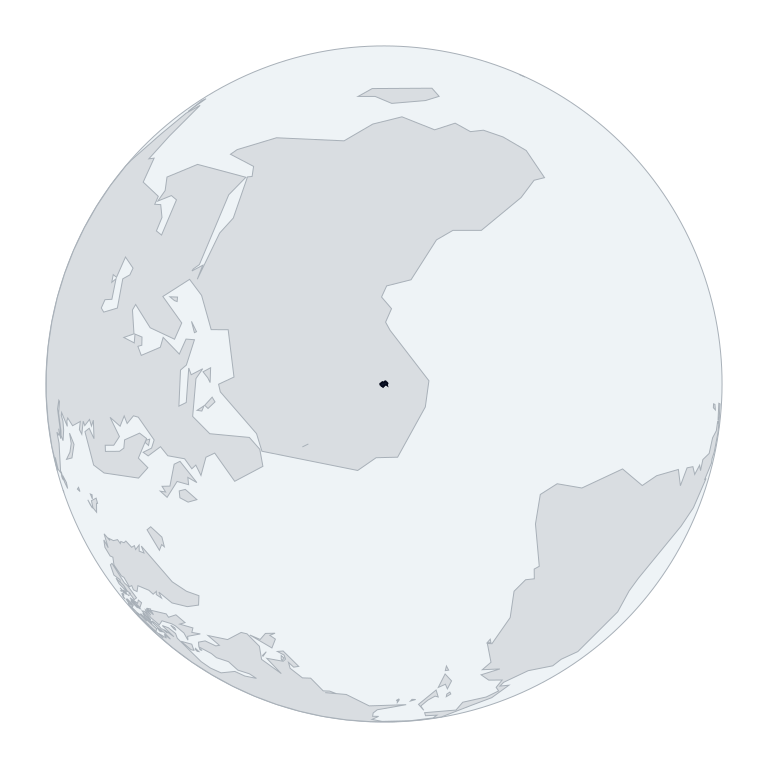 Kénédougou on an orthographic globe, rotated 243°
{"feature_id": "BFA-2800", "entity_name": "Kénédougou", "entity_type": "Province", "adm_level": 1, "iso_a3": "BFA", "parent_name": "Burkina Faso", "parent_adm1": "", "projection": "orthographic", "projection_center": [-5.0, 11.424], "detail": "fine", "context": "on_globe", "style": "filled", "palette": "ink", "viewbox_px": 768, "rotation_deg": 243, "n_neighbors": 0, "source": "natural_earth", "source_scale": "10m", "svg_char_len": 9851}
<svg xmlns="http://www.w3.org/2000/svg" viewBox="0 0 768 768"><g transform="rotate(243 384 384)"><circle cx="384" cy="384" r="338" fill="#eef3f6" stroke="#a8b0b8"/><path d="M289.9,59.4L289.5,59.6L257.8,72.1L264.2,69.9L256.3,74.8L260.7,74.5L253.6,77.9L263.3,75.0L269.0,72.0L275.1,69.9L278.3,69.8L269.7,73.8L266.9,74.4L266.0,75.6L260.4,77.8L264.9,76.6L254.2,82.1L269.4,76.8L264.6,81.3L256.3,85.0L251.3,84.4L219.7,95.0L209.7,100.4L200.6,107.7L195.6,120.6L187.0,127.4L179.6,136.7L186.9,132.5L195.4,123.9L207.2,119.4L216.2,110.5L222.3,107.8L233.8,99.7L238.2,101.5L236.3,108.0L227.0,115.2L225.9,118.7L239.8,113.0L227.3,128.6L227.5,143.9L223.6,148.5L206.9,153.9L194.2,149.9L172.6,161.0L192.8,155.0L182.7,168.3L183.6,171.4L187.8,171.9L194.1,167.6L191.9,172.9L171.1,179.8L172.7,175.0L179.3,172.5L173.3,171.3L159.2,177.9L155.2,185.1L138.2,190.5L135.1,196.1L129.6,201.1L135.7,191.5L124.5,209.4L103.9,224.7L88.2,258.2L96.8,230.1L95.8,225.0L93.1,223.0L90.3,228.3L90.6,221.0L84.2,229.2L72.1,254.4L64.2,276.1L64.9,280.8L69.6,270.4L72.7,271.0L60.8,300.1L64.7,309.7L58.7,333.0L58.5,346.8L62.8,346.2L66.6,354.9L72.6,342.9L80.8,338.5L77.5,357.9L84.8,341.9L87.5,353.0L105.9,358.3L103.6,362.3L118.6,390.4L140.3,405.8L145.3,421.3L142.2,429.5L150.9,433.8L151.1,439.6L190.5,455.4L214.6,473.1L216.5,493.0L201.5,513.1L200.0,558.0L176.3,568.0L178.5,585.3L174.2,607.5L158.8,601.9L171.7,616.0L170.1,621.7L162.4,619.8L168.4,628.4L163.1,626.7L171.9,633.8L174.5,642.2L186.8,652.3L191.5,658.9L199.8,664.7L197.5,663.7L198.0,664.7L201.8,667.5L189.7,660.0L173.5,647.4L168.4,642.3L165.1,640.1L153.0,626.0L153.6,628.1L133.3,603.5L122.5,584.2L95.4,522.4L88.3,508.4L74.9,488.8L57.6,435.2L58.3,416.9L56.3,406.4L63.1,382.3L63.9,355.2L62.2,350.2L58.9,358.6L55.6,337.6L58.0,316.3L61.3,283.8L69.1,261.3L78.6,239.4L89.5,218.3L101.9,197.9L115.7,178.5L130.9,160.1L147.3,142.8L164.9,126.7L183.6,111.9L203.3,98.5L223.8,86.4L245.2,75.9L267.3,66.9L289.9,59.4ZM82.9,269.3L87.7,291.5L80.5,290.2L82.7,287.8L82.4,279.5L80.4,270.6L75.2,271.3L82.9,269.3ZM95.3,253.5L94.1,251.2L95.9,252.1L95.3,253.5ZM230.6,99.4L232.1,99.6L229.2,101.0L230.6,99.4ZM234.1,96.0L229.6,97.6L230.6,96.2L233.4,95.3L234.1,96.0ZM239.4,94.6L233.0,93.7L234.8,91.5L246.9,86.4L239.4,94.6ZM269.4,71.2L263.5,74.3L265.5,72.0L269.4,71.2ZM269.2,70.3L266.6,68.1L276.9,64.1L275.7,65.3L286.7,61.0L292.9,60.1L288.3,62.3L280.4,64.8L288.8,62.7L269.2,70.3ZM277.7,69.0L276.3,68.5L285.1,65.0L289.6,65.2L285.3,66.2L277.7,69.0ZM286.5,60.7L293.8,58.5L300.9,57.0L304.7,56.1L294.0,59.8L286.5,60.7ZM284.9,67.0L291.6,65.5L290.3,67.3L279.7,69.2L284.9,67.0ZM285.5,64.1L289.9,62.5L288.9,63.4L285.5,64.1ZM289.5,73.9L287.6,72.8L292.0,70.7L289.5,73.9ZM294.2,64.9L294.6,64.4L296.2,63.6L300.2,63.2L294.2,64.9ZM299.7,58.8L301.2,58.9L304.5,57.1L310.0,56.5L301.8,59.3L307.6,57.8L309.3,57.7L300.7,60.2L299.7,58.8ZM308.9,60.6L300.5,64.9L303.0,67.0L299.2,68.7L295.7,65.1L308.9,60.6ZM304.9,60.1L306.5,60.7L300.9,62.2L296.3,62.8L304.9,60.1ZM316.6,55.3L310.3,55.5L312.3,54.9L316.6,55.3ZM310.8,60.8L312.8,59.9L311.7,60.8L310.8,60.8ZM316.1,56.4L313.6,56.5L315.9,55.8L316.1,56.4ZM318.9,58.2L316.2,59.4L312.9,59.6L318.9,58.2ZM318.5,57.1L322.3,56.3L313.4,59.0L317.0,57.2L318.5,57.1ZM318.7,55.9L319.3,55.5L319.4,56.0L318.7,55.9ZM332.7,57.1L322.3,60.5L315.2,60.8L326.3,57.3L332.7,57.1ZM213.7,674.4L192.6,662.0L202.7,668.1L200.3,665.3L214.8,673.6L213.7,674.4ZM210.5,667.5L213.3,666.7L216.7,668.6L215.6,669.6L210.5,667.5ZM695.6,253.1L698.2,260.5L707.9,298.5L715.1,330.4L715.8,346.7L702.4,305.5L691.4,276.7L689.6,281.7L673.2,261.1L653.7,268.1L648.2,261.3L645.2,266.5L633.2,261.8L623.7,250.7L617.7,253.4L642.3,282.7L648.4,280.1L649.7,265.5L655.7,276.8L666.9,284.6L664.3,317.6L630.9,354.8L623.1,331.6L574.2,273.7L573.1,266.3L572.7,265.6L571.9,264.2L572.1,276.4L562.1,265.2L593.1,306.1L600.3,325.1L630.5,356.4L628.8,360.7L637.1,366.6L658.4,351.5L659.5,359.6L652.2,400.0L618.8,458.8L620.7,492.0L613.9,521.3L587.5,544.5L584.1,565.8L569.6,575.6L565.0,587.8L550.1,602.2L527.5,616.7L495.0,620.7L497.4,610.2L487.9,590.8L476.7,540.5L489.6,515.1L488.6,496.2L464.6,455.4L470.2,430.9L462.6,421.3L447.7,424.9L438.4,413.5L429.0,413.8L366.5,425.5L344.8,410.4L312.6,362.9L321.9,343.5L318.9,321.3L379.5,244.7L397.6,247.9L451.3,234.6L458.9,236.5L458.3,253.5L503.1,269.8L510.9,254.7L545.8,261.7L565.5,258.3L562.4,226.7L530.2,231.5L519.0,217.7L540.3,201.2L567.6,198.8L564.2,193.5L542.2,184.0L543.6,173.3L534.0,180.1L541.5,184.8L535.7,189.7L528.5,185.8L529.3,181.8L519.7,180.7L518.3,201.4L525.8,208.4L503.6,215.2L513.9,228.0L509.5,235.2L490.6,216.5L488.8,209.0L457.4,191.2L457.3,199.4L486.9,217.3L479.8,216.4L479.9,229.4L474.2,218.9L442.0,198.8L418.8,206.2L397.5,239.8L382.2,243.7L365.6,238.7L365.1,206.8L399.3,201.8L399.6,192.1L385.6,179.4L397.2,179.5L395.7,174.3L407.9,172.4L418.2,158.8L429.6,156.4L427.0,141.2L432.5,138.4L432.4,147.8L438.5,153.8L466.0,150.0L469.4,146.3L465.4,137.2L473.5,138.0L466.2,129.7L478.7,124.8L457.3,124.4L452.1,115.4L456.0,107.8L450.4,105.2L444.1,117.8L445.0,123.1L452.0,127.5L451.2,143.9L443.2,147.7L429.5,131.5L416.6,135.6L411.6,122.6L431.8,94.2L443.6,88.5L477.3,95.9L478.4,101.2L466.9,100.8L483.7,108.6L479.4,104.3L486.1,105.5L482.8,98.5L487.4,99.1L476.4,91.9L481.7,91.9L488.5,96.4L488.2,87.6L497.3,86.8L495.0,84.6L490.0,82.6L504.9,83.8L502.5,82.2L496.7,81.1L488.3,77.6L479.2,72.3L484.9,72.9L488.9,74.9L505.9,80.9L515.8,87.0L517.2,86.9L510.0,81.8L489.2,74.4L482.1,71.1L491.9,73.8L487.8,72.5L486.1,71.1L489.6,70.7L478.8,67.6L451.9,55.7L456.2,54.9L467.9,57.8L455.1,53.6L455.6,53.8L479.8,59.9L503.4,67.9L526.4,77.5L548.6,88.9L569.9,101.8L590.2,116.3L609.4,132.2L627.4,149.6L644.0,168.1L659.2,187.9L672.9,208.7L685.1,230.5L695.6,253.1ZM365.0,282.7L364.9,289.4L365.0,282.7ZM601.2,213.0L614.5,211.3L600.5,194.1L604.4,192.4L598.2,187.6L599.4,193.0L583.0,180.0L585.8,173.7L580.1,166.6L575.3,166.9L572.7,180.9L596.3,199.0L596.6,207.1L601.2,213.0ZM106.6,358.3L108.4,362.8L105.1,361.9L106.6,358.3ZM77.1,297.5L79.2,299.2L79.6,302.8L77.5,302.8L77.1,297.5ZM100.8,308.5L104.4,311.6L99.7,311.7L100.8,308.5ZM89.0,294.6L97.9,306.8L88.8,309.4L83.6,302.1L88.6,302.4L89.0,294.6ZM89.5,263.6L90.3,265.8L88.5,269.0L89.5,263.6ZM96.6,254.2L95.9,254.2L96.5,251.1L96.6,254.2ZM183.9,167.8L185.5,167.5L188.7,169.1L185.1,170.6L183.9,167.8ZM215.6,165.1L211.4,173.8L211.9,168.2L206.0,171.4L199.7,164.3L221.3,150.5L212.6,157.7L215.6,165.1ZM197.3,152.5L198.9,157.6L196.3,152.6L197.3,152.5ZM375.3,150.5L381.7,153.0L380.3,159.1L365.9,164.8L367.7,155.8L375.3,150.5ZM391.1,155.4L381.5,139.3L390.1,136.0L386.9,140.4L393.6,139.8L390.2,146.9L407.8,160.6L407.7,167.1L381.1,172.5L389.8,166.8L383.0,164.2L391.1,155.4ZM341.9,113.0L337.8,108.4L361.7,106.7L362.7,111.3L348.4,116.6L338.7,114.4L341.9,113.0ZM262.0,86.8L258.9,86.9L261.3,85.6L265.9,84.4L262.0,86.8ZM288.3,73.5L278.0,85.6L274.0,86.1L272.8,93.8L261.7,98.4L262.8,93.0L253.4,103.0L249.9,100.0L244.7,106.9L248.3,94.5L244.8,93.0L253.0,92.7L263.3,88.3L266.7,86.0L273.8,78.7L271.4,74.4L281.3,70.3L288.9,68.5L291.0,68.9L283.9,71.3L291.8,70.1L283.1,73.9L288.3,73.5ZM372.3,63.6L363.3,63.9L377.6,66.6L369.0,68.7L371.2,68.9L367.3,71.8L366.3,75.9L361.6,76.6L363.2,78.0L360.6,80.3L361.3,82.7L353.1,85.0L353.3,88.2L349.3,87.5L351.7,92.7L346.2,90.0L342.4,93.4L349.8,94.2L303.9,105.5L288.9,114.0L279.4,123.0L271.2,118.4L274.9,107.7L285.2,95.7L300.8,88.9L294.2,88.6L299.8,85.5L302.6,87.0L301.5,82.9L306.9,80.9L316.0,73.2L311.2,69.7L314.4,67.3L318.9,67.7L319.0,65.1L329.8,64.5L332.3,62.9L345.5,61.3L352.8,63.8L355.1,61.9L365.2,61.2L372.3,63.6ZM336.4,56.6L347.1,58.1L347.7,60.2L324.5,62.4L320.7,63.9L305.8,66.4L305.3,63.5L309.6,62.9L313.7,61.8L312.2,63.1L316.4,61.2L322.5,60.6L327.3,59.1L329.5,59.9L336.4,56.6ZM464.2,229.7L469.5,229.8L477.0,228.3L477.2,236.9L464.2,229.7ZM442.1,216.1L446.4,214.6L450.3,224.9L444.8,225.3L442.1,216.1ZM445.4,205.5L446.3,213.7L442.6,209.4L445.4,205.5ZM436.1,146.3L440.3,144.7L442.0,146.7L441.2,150.2L436.1,146.3ZM413.0,75.7L407.7,74.6L408.2,73.7L400.2,69.7L405.9,68.5L412.9,70.4L413.0,75.7ZM558.9,232.8L555.2,239.5L551.4,237.1L553.4,235.2L558.9,232.8ZM515.8,238.4L527.2,240.9L515.7,240.7L515.8,238.4ZM417.9,73.6L414.0,72.0L419.3,72.4L417.9,73.6ZM409.6,67.5L415.3,67.5L405.6,67.9L409.6,67.5ZM598.6,644.8L595.3,647.6L593.5,649.0L598.6,644.8ZM652.6,507.6L625.8,561.0L615.3,563.7L617.7,549.7L630.5,518.3L644.2,506.7L652.0,491.4L652.6,507.6ZM715.8,333.1L719.2,350.5L719.0,355.0L715.8,333.1ZM461.0,66.9L465.8,73.2L473.0,78.3L483.0,81.5L471.0,80.4L459.8,72.4L461.0,66.9ZM452.5,56.6L443.7,54.8L446.0,54.6L448.3,55.0L452.5,56.6ZM448.3,56.2L440.4,56.3L434.5,54.7L441.9,54.9L448.3,56.2ZM429.6,63.1L430.6,64.9L426.2,64.3L429.6,63.1ZM435.2,50.0L433.9,49.8L432.8,49.6L435.2,50.0Z" fill="#d9dde1" stroke="#a8b0b8" stroke-width="1"/><path d="M385.1,380.6L385.4,380.6L385.5,380.5L385.5,380.4L386.0,380.6L386.2,381.0L386.1,381.5L386.1,381.8L386.2,382.0L385.9,382.2L385.9,382.3L386.0,382.4L386.3,382.4L386.4,382.5L386.4,382.9L386.4,383.1L386.5,383.2L386.6,383.3L386.6,383.6L386.5,383.8L386.4,383.9L386.3,384.0L386.2,384.1L386.0,383.9L385.6,384.1L385.4,384.4L385.4,384.5L385.2,384.9L385.2,385.0L385.3,385.2L385.3,385.3L385.7,385.5L385.8,385.6L386.0,385.8L386.0,386.0L386.0,386.3L385.9,386.3L385.7,386.4L385.5,386.5L385.4,386.5L385.4,386.8L385.4,387.0L385.2,387.2L385.2,387.3L385.2,387.2L384.6,387.2L384.3,387.1L384.2,387.2L383.9,387.4L383.6,387.5L383.2,387.6L382.9,387.6L382.6,387.3L382.5,387.1L382.4,387.0L382.4,386.9L381.8,386.3L381.6,386.3L381.1,386.2L381.7,385.9L381.8,385.9L382.1,385.8L382.1,385.7L382.2,385.3L382.4,385.1L382.5,385.0L382.5,384.9L382.5,384.3L382.5,384.2L382.7,383.9L382.7,383.3L382.6,383.1L382.4,382.9L382.2,382.9L382.3,382.7L382.4,382.4L382.4,382.2L382.3,381.9L382.2,381.9L381.9,381.8L381.7,381.7L381.8,381.6L382.0,381.6L382.3,381.5L382.5,381.5L382.6,381.4L382.8,381.2L383.0,380.9L383.4,380.8L383.5,380.7L383.8,380.7L384.0,380.7L384.3,380.6L384.5,380.6L384.9,380.5L385.0,380.5L385.1,380.6Z" fill="#0f172a" stroke="#020617" stroke-width="1.5"/></g></svg>